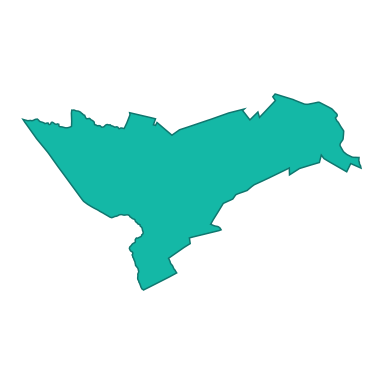 Saboti, Rift Valley, Kenya
{"feature_id": "3690345B89105260268555", "entity_name": "Saboti", "entity_type": "district", "adm_level": 2, "iso_a3": "KEN", "parent_name": "Kenya", "parent_adm1": "Rift Valley", "projection": "orthographic", "projection_center": [34.819, 0.95], "detail": "fine", "context": "isolated", "style": "filled", "palette": "teal", "viewbox_px": 384, "rotation_deg": 0, "n_neighbors": 0, "source": "geoboundaries", "source_scale": "gbopen_adm2", "svg_char_len": 4827}
<svg xmlns="http://www.w3.org/2000/svg" viewBox="0 0 384 384"><path d="M23.0,119.4L24.8,122.2L27.0,125.2L28.7,127.6L32.6,133.1L34.9,136.3L36.5,138.6L47.6,152.1L49.8,155.1L52.9,159.5L58.4,167.2L63.8,174.5L70.1,183.1L81.6,198.8L83.5,201.2L84.1,201.7L87.6,204.3L91.4,206.6L93.7,207.9L95.6,208.9L97.1,209.6L99.1,210.8L99.8,211.3L100.9,211.9L102.8,212.9L104.3,213.8L107.4,215.6L110.1,217.2L111.8,217.7L113.1,217.2L114.0,216.9L114.6,216.5L115.4,216.4L116.5,216.2L117.6,215.8L118.6,215.2L119.4,214.8L120.7,214.6L122.0,214.6L122.8,214.9L123.8,215.1L125.0,215.1L126.1,214.9L127.0,214.8L128.0,214.9L128.8,215.2L129.4,215.7L130.0,216.8L130.9,217.3L131.8,218.1L132.9,218.8L134.4,219.3L135.0,219.8L135.1,220.6L135.5,221.4L136.1,222.1L137.0,222.7L137.5,223.5L138.2,224.1L139.2,224.4L140.0,224.7L140.1,225.5L140.4,226.3L141.0,226.7L141.6,227.3L142.0,228.0L142.3,228.9L142.4,230.0L142.8,231.1L143.2,232.1L143.1,232.9L143.0,233.7L142.4,234.3L141.7,234.9L141.6,235.7L141.1,236.5L140.3,236.9L139.5,237.2L138.6,237.7L137.4,238.2L136.4,238.0L135.7,238.9L135.2,239.9L135.3,240.9L135.3,241.7L135.0,242.5L134.3,242.8L133.4,243.3L132.6,243.8L132.0,244.4L131.5,245.2L130.8,246.0L129.9,246.8L129.5,247.8L129.4,248.7L129.9,249.6L130.2,250.4L130.7,251.0L131.4,251.5L132.2,251.9L132.7,252.6L132.8,253.9L132.1,254.9L132.6,255.9L132.9,257.4L133.6,258.4L133.9,259.5L134.4,260.7L134.8,261.4L135.0,262.2L135.2,263.3L135.5,264.6L135.6,265.6L136.4,266.3L136.9,267.1L137.5,267.8L138.0,268.5L138.2,269.5L138.4,270.4L138.7,271.2L138.6,272.2L138.2,273.1L137.8,274.1L137.9,275.9L137.7,277.5L137.7,278.8L138.0,279.8L138.5,280.5L138.8,281.4L139.0,282.4L139.7,283.4L140.0,284.4L140.3,285.1L140.6,286.0L141.0,287.2L141.5,288.0L141.8,288.8L142.8,289.4L143.5,290.0L149.5,287.0L169.0,277.1L176.7,272.9L176.1,272.0L175.6,271.2L175.1,270.2L174.6,269.7L174.0,269.0L173.6,268.2L173.2,267.3L172.9,266.5L172.3,265.4L171.4,264.4L170.6,263.4L170.3,262.4L170.0,261.4L169.2,259.6L168.5,258.3L184.1,247.4L190.2,243.6L189.4,237.9L193.6,236.8L219.0,230.6L221.1,229.8L220.1,228.1L219.1,227.3L218.2,226.7L217.2,226.4L216.0,226.2L215.0,226.0L213.8,225.6L212.8,225.2L212.0,224.9L211.5,224.3L210.7,224.2L213.4,219.4L218.1,211.9L222.6,204.5L223.3,203.4L228.2,201.1L230.3,200.2L232.8,199.0L235.1,195.7L235.8,194.8L236.5,194.4L238.1,193.7L245.1,191.2L247.1,190.5L247.8,189.9L251.7,186.6L252.5,186.0L254.3,184.7L262.4,181.0L273.1,175.9L283.6,170.8L289.3,168.0L289.5,174.9L299.5,168.5L310.9,165.0L319.4,162.5L319.6,161.6L321.3,155.1L324.0,158.6L328.6,161.4L346.7,171.8L350.7,163.6L351.5,163.9L361.0,168.1L360.5,165.7L359.5,164.0L359.4,162.8L359.2,161.8L358.8,160.9L358.9,159.1L359.0,157.5L358.0,157.5L357.0,157.4L353.1,157.3L351.9,157.0L351.1,156.6L347.4,154.8L346.6,154.3L344.4,152.5L343.6,151.8L343.1,151.1L341.1,147.6L340.1,145.8L340.0,144.7L340.2,143.8L340.8,142.6L342.5,140.2L342.9,139.5L343.1,138.8L343.5,134.5L343.7,131.0L343.0,129.9L340.6,126.3L338.3,122.3L336.9,120.9L335.4,117.9L336.0,117.2L336.7,116.6L337.2,115.8L337.1,114.6L336.5,113.6L335.1,112.3L332.6,109.6L331.6,108.7L330.6,108.2L328.8,107.2L319.3,102.3L318.2,102.2L314.1,103.1L309.4,104.0L308.0,104.3L307.0,104.3L304.7,104.2L299.3,102.1L294.8,100.3L293.3,99.6L289.4,98.4L282.9,96.4L276.2,94.3L275.1,94.0L272.8,96.8L275.4,100.6L265.5,111.1L259.5,117.4L257.9,112.0L249.9,119.9L248.5,118.1L244.4,112.8L242.6,110.6L244.3,109.0L228.6,113.0L210.3,119.5L208.4,120.1L188.6,126.8L179.5,129.8L171.9,135.2L157.0,122.5L155.5,125.4L153.4,124.8L155.5,118.8L151.0,117.7L129.6,112.7L130.0,114.8L128.8,117.9L126.8,123.0L124.2,128.5L122.9,128.3L121.7,128.0L120.7,128.0L119.9,128.5L119.0,128.7L118.3,127.9L117.7,127.1L116.7,126.8L115.7,127.0L114.6,127.2L113.8,126.6L112.4,126.0L111.1,125.7L110.4,124.9L109.5,124.9L108.5,124.9L107.3,124.5L106.3,124.7L105.4,125.3L103.9,126.8L102.4,127.2L101.6,127.2L100.9,126.5L100.1,125.8L99.1,125.6L98.3,125.7L97.3,125.8L96.4,125.2L95.6,124.9L94.6,124.6L94.3,123.0L94.2,122.3L93.8,121.6L92.8,120.8L91.7,120.1L90.8,119.7L90.2,118.9L89.5,118.4L87.6,118.7L86.8,118.8L86.0,118.2L85.5,117.4L84.6,115.2L83.6,115.0L83.0,114.4L82.4,113.7L81.5,113.2L80.6,112.2L79.6,111.7L78.6,111.2L77.4,111.0L76.1,110.9L75.0,110.4L73.9,110.0L72.9,110.2L71.8,110.1L71.4,113.2L71.7,121.4L71.5,126.3L70.7,126.8L69.6,127.2L68.3,127.6L67.1,127.8L65.8,127.8L64.9,127.7L64.0,127.4L63.1,127.2L62.1,126.9L61.2,126.8L60.0,126.7L59.2,126.3L58.8,125.5L58.8,124.3L57.5,123.9L56.2,124.3L55.3,124.1L54.5,123.7L53.7,123.0L52.9,122.5L52.2,122.2L51.4,122.4L51.0,123.1L50.5,124.1L49.8,124.5L49.0,124.5L48.4,123.9L48.2,123.1L47.2,123.0L46.1,123.3L44.8,123.6L43.9,122.8L43.0,122.5L42.2,122.2L41.4,122.0L40.5,121.7L39.7,121.4L39.1,120.8L38.6,120.2L37.4,119.1L36.2,119.2L35.2,119.4L34.2,119.9L33.0,120.5L31.6,120.7L30.2,120.4L29.1,120.6L28.0,120.7L27.1,120.6L26.3,120.3L25.5,120.1L24.6,119.9L23.0,119.4Z" fill="#14b8a6" stroke="#0f766e" stroke-width="1.5"/></svg>